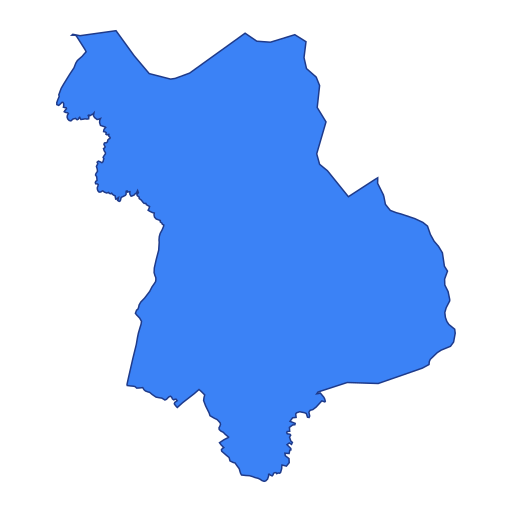 Kangaba, Koulikoro, Mali (Mercator projection)
{"feature_id": "8926073B95674786747910", "entity_name": "Kangaba", "entity_type": "district", "adm_level": 2, "iso_a3": "MLI", "parent_name": "Mali", "parent_adm1": "Koulikoro", "projection": "mercator", "projection_center": [-8.71, 11.908], "detail": "fine", "context": "isolated", "style": "filled", "palette": "blue", "viewbox_px": 512, "rotation_deg": 0, "n_neighbors": 0, "source": "geoboundaries", "source_scale": "gbopen_adm2", "svg_char_len": 5911}
<svg xmlns="http://www.w3.org/2000/svg" viewBox="0 0 512 512"><path d="M435.2,354.6L437.3,352.6L441.2,350.1L446.6,347.9L450.5,346.3L453.2,342.6L453.6,342.0L454.8,335.5L455.2,333.2L454.7,329.2L448.9,324.5L446.8,321.4L446.5,320.5L445.4,317.4L444.8,312.5L446.2,307.7L449.7,300.9L449.7,299.8L449.7,299.4L448.1,291.6L444.8,285.0L444.6,279.1L447.5,271.1L444.4,266.2L442.4,252.8L438.3,246.0L438.1,245.9L434.1,241.2L430.4,234.5L427.5,226.1L422.9,222.4L414.8,218.6L401.1,214.0L396.3,212.7L390.3,210.4L390.0,210.0L388.0,207.6L385.4,204.3L383.8,196.2L383.5,195.7L383.5,195.1L381.0,190.1L377.6,183.3L377.7,179.9L377.7,177.8L374.7,179.6L348.4,196.7L327.4,170.7L319.6,164.3L316.7,153.8L326.0,121.9L317.2,107.5L319.6,85.6L316.2,77.1L306.5,68.6L304.0,57.6L306.0,41.7L294.8,34.7L270.4,42.2L256.8,41.2L245.1,33.2L189.6,73.1L175.2,78.4L170.6,79.1L149.2,73.6L134.1,55.7L116.0,30.7L80.0,35.7L72.8,34.3L71.8,35.2L74.8,35.2L76.2,35.7L85.1,49.7L86.1,51.8L84.2,53.9L82.2,56.3L79.3,58.8L77.4,60.5L75.8,63.1L74.0,67.8L69.7,74.3L63.7,84.0L61.2,88.3L58.8,94.8L59.2,96.5L57.9,99.5L57.0,102.0L56.8,102.3L56.8,104.6L58.7,105.4L59.8,104.5L60.2,104.1L60.9,103.5L61.8,102.4L62.8,102.3L63.6,103.4L63.7,105.4L63.6,106.3L63.4,107.2L63.8,107.3L64.8,107.6L66.2,107.8L66.5,108.8L65.0,110.4L64.2,111.7L65.5,112.4L67.6,112.8L68.4,113.6L67.4,115.2L67.1,117.1L67.7,118.9L68.4,119.7L69.2,120.5L70.9,120.9L72.0,119.9L72.8,119.3L73.0,119.0L74.3,118.7L75.6,118.4L76.6,119.5L77.3,119.7L78.4,119.1L79.1,117.8L79.7,117.3L80.3,118.6L80.9,119.5L82.3,119.3L83.2,119.2L85.1,118.8L87.0,119.1L88.7,118.8L88.8,116.9L88.2,115.4L89.0,115.0L89.9,115.7L90.7,115.3L91.0,115.1L91.8,114.5L92.8,114.2L93.9,113.0L93.4,115.6L94.6,117.6L97.1,119.5L98.7,119.2L100.5,118.5L99.7,120.2L99.6,122.6L100.5,125.4L103.1,126.3L105.2,127.0L105.7,127.4L104.6,128.5L103.9,129.7L103.6,131.6L105.3,132.0L106.2,132.6L105.9,134.2L107.1,134.9L108.1,134.4L108.9,134.4L108.7,135.6L109.0,136.4L110.1,137.4L109.9,138.5L108.8,139.0L107.8,140.0L107.5,141.7L106.5,142.7L104.5,142.9L103.9,144.2L104.6,145.9L105.2,146.9L104.5,148.0L103.5,148.5L104.2,150.8L105.4,152.6L105.4,153.9L104.4,155.2L103.5,156.6L103.1,157.5L103.9,158.7L103.4,160.1L103.1,161.6L101.9,162.7L100.3,161.9L100.2,161.8L98.4,161.1L97.1,162.2L97.8,163.6L97.3,164.8L97.1,165.0L96.4,166.4L97.2,168.9L97.5,171.3L96.0,173.5L95.5,175.0L96.6,176.6L96.9,178.6L97.0,180.5L95.7,181.4L95.3,182.7L95.7,183.8L97.3,183.9L98.2,184.5L97.9,186.2L97.3,187.5L97.3,189.0L97.9,190.8L98.6,191.6L99.1,192.1L100.8,192.0L102.4,190.9L103.3,191.2L104.3,192.1L106.7,193.0L108.6,192.4L109.3,193.4L110.9,193.8L111.7,193.2L112.5,194.3L113.6,195.1L115.2,195.9L115.3,197.2L115.7,199.1L116.4,199.1L117.4,198.3L118.1,197.8L118.5,197.5L118.2,199.1L117.6,200.4L119.2,201.4L120.3,200.8L121.2,197.4L123.3,196.4L125.4,195.3L126.1,194.2L126.1,192.8L126.2,191.5L126.2,191.2L127.1,190.9L127.6,192.1L128.8,191.8L129.9,191.7L129.8,193.2L129.9,194.1L130.0,194.5L131.1,196.2L132.2,195.9L134.3,194.9L135.1,193.9L135.3,193.6L136.5,193.0L136.8,192.2L137.6,190.5L138.4,192.7L136.9,194.5L137.2,195.6L139.2,197.2L139.2,198.6L141.2,200.0L143.0,202.3L144.1,203.4L145.9,203.4L146.3,204.6L147.8,205.5L149.6,206.5L148.9,208.8L148.1,210.2L149.6,211.2L152.5,212.6L154.3,213.0L154.0,214.9L154.5,217.1L156.2,219.0L158.4,219.8L160.3,220.5L160.2,221.8L161.9,223.1L162.3,224.2L163.8,225.0L163.5,226.6L162.2,229.7L160.2,233.4L159.3,236.5L159.0,240.0L159.2,242.3L158.7,250.1L156.2,259.6L154.3,268.0L154.1,272.6L154.9,275.4L155.8,277.6L155.9,279.4L155.6,281.6L153.9,284.2L152.0,286.9L149.7,291.4L144.9,297.7L144.3,298.4L140.8,302.0L139.1,305.0L138.6,307.4L137.8,309.3L136.6,310.1L135.4,313.3L136.6,314.9L139.7,318.1L140.9,320.3L141.5,321.2L141.1,324.1L140.2,327.0L139.8,328.3L138.4,333.1L137.5,337.4L136.3,344.5L132.9,358.3L128.2,378.9L127.0,384.4L127.2,385.5L130.2,385.9L133.4,386.2L135.1,386.6L136.7,388.1L138.9,388.0L141.9,387.7L142.7,387.6L144.0,389.7L145.5,391.0L148.2,392.0L149.6,392.3L152.2,394.5L156.0,397.1L159.0,397.7L161.8,398.1L164.1,399.5L164.9,400.0L166.5,399.3L168.0,397.7L169.0,396.8L170.5,396.2L171.6,397.2L172.5,399.0L173.8,399.9L175.0,399.2L176.1,399.2L177.2,400.7L174.8,402.4L174.3,403.8L175.3,405.3L176.3,406.5L177.3,407.5L182.6,402.7L191.6,395.7L194.3,393.6L199.0,389.5L201.2,391.4L203.2,393.4L204.7,394.9L204.0,397.6L203.6,400.5L205.5,405.6L206.4,407.5L209.1,412.9L210.0,415.7L214.1,418.1L217.2,419.6L218.7,421.2L220.2,422.9L220.5,424.5L219.9,426.1L219.0,427.8L219.2,429.5L220.9,431.1L223.3,432.3L225.2,434.3L227.4,436.1L228.6,437.1L228.1,437.7L226.9,438.2L224.0,439.7L219.5,442.7L221.3,445.1L222.9,446.7L223.8,447.6L222.4,448.5L221.4,449.7L221.7,451.2L224.2,453.4L226.5,455.4L229.1,457.5L230.0,460.9L233.2,462.5L235.0,462.9L236.9,465.6L239.2,468.7L240.0,471.5L240.6,473.4L241.5,475.0L245.9,475.5L249.5,475.7L252.6,476.6L254.9,477.5L257.6,478.2L258.1,478.3L259.7,479.1L260.2,479.3L260.5,479.6L261.2,480.0L262.0,480.6L264.1,481.3L265.1,481.1L266.0,480.7L266.5,480.1L267.5,479.2L268.6,476.0L268.6,474.3L269.2,474.1L270.4,475.1L272.1,475.9L273.1,474.8L273.5,473.4L274.6,472.7L276.0,472.6L276.7,473.7L277.1,473.5L277.8,473.2L278.2,473.0L278.4,473.0L279.7,473.2L279.9,473.0L280.3,472.7L280.6,472.4L281.7,468.6L281.8,466.2L282.0,465.0L286.4,466.1L289.2,462.7L289.0,458.6L285.3,455.7L284.9,453.2L289.1,453.5L289.8,450.2L290.9,449.9L290.8,448.5L287.0,444.7L289.3,442.9L291.5,444.4L292.4,442.4L290.8,441.0L289.5,437.1L290.7,435.2L289.9,434.2L287.3,433.8L286.7,432.7L287.2,431.5L289.7,431.3L289.4,427.4L292.6,425.0L294.9,424.7L295.2,423.4L290.0,421.3L292.6,417.8L296.1,417.4L295.7,413.9L296.2,413.3L296.5,412.8L299.8,411.7L300.9,412.0L304.5,412.7L306.3,413.5L307.5,417.2L309.1,417.5L309.7,416.0L308.9,412.2L310.1,410.3L312.8,409.6L316.1,407.1L321.8,400.9L324.8,401.9L325.3,401.3L324.7,399.0L323.8,397.2L320.3,393.0L318.7,393.5L316.7,393.8L318.0,392.0L347.2,382.5L378.2,383.5L422.4,368.1L429.0,364.5L429.3,361.6L430.3,359.3L435.2,354.6Z" fill="#3b82f6" stroke="#1e3a8a" stroke-width="1.5"/></svg>